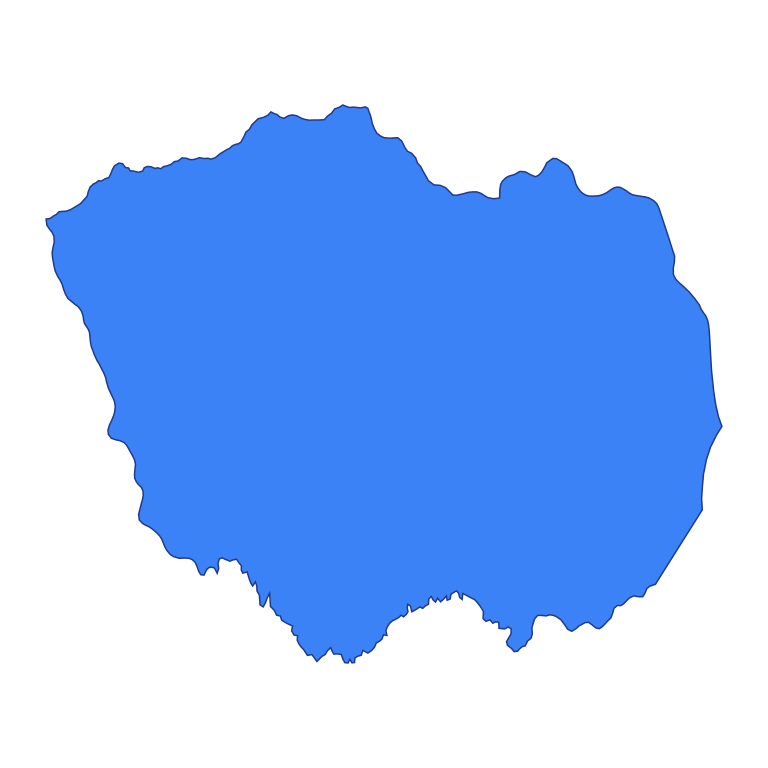 the district of Itanhangá, Mato Grosso, Brazil
{"feature_id": "56859067B93229831473310", "entity_name": "Itanhangá", "entity_type": "district", "adm_level": 2, "iso_a3": "BRA", "parent_name": "Brazil", "parent_adm1": "Mato Grosso", "projection": "equal_earth", "projection_center": [-56.8, -12.144], "detail": "fine", "context": "isolated", "style": "filled", "palette": "blue", "viewbox_px": 768, "rotation_deg": 0, "n_neighbors": 0, "source": "geoboundaries", "source_scale": "gbopen_adm2", "svg_char_len": 5876}
<svg xmlns="http://www.w3.org/2000/svg" viewBox="0 0 768 768"><path d="M721.9,426.4L718.5,416.8L715.7,404.6L713.7,391.2L711.5,370.3L709.9,342.1L709.3,331.9L708.6,324.8L707.6,320.3L705.7,315.8L703.6,312.9L701.1,309.1L699.3,304.8L694.5,298.3L689.2,292.0L684.2,287.2L678.8,282.4L675.8,279.3L673.4,274.6L673.3,268.1L674.4,261.9L674.6,256.0L672.7,250.5L669.9,241.6L668.1,235.9L658.9,208.0L656.9,203.8L653.6,200.6L648.9,197.9L644.8,196.8L641.4,196.4L638.4,195.9L635.0,195.3L631.8,194.5L628.8,192.7L626.2,190.7L623.7,189.2L620.1,187.3L617.2,187.1L614.2,187.7L610.6,189.9L607.8,191.9L605.4,193.4L602.4,194.7L599.8,195.5L597.1,195.9L593.5,196.1L589.0,196.1L585.6,195.1L583.1,193.6L580.7,191.7L578.0,188.1L575.9,184.2L574.8,180.1L573.5,175.4L572.2,171.8L570.1,168.6L567.9,165.7L565.3,164.0L561.9,161.9L556.7,158.7L552.9,158.4L546.8,162.7L544.6,167.2L541.7,172.1L538.7,175.2L535.6,176.7L532.8,175.7L530.1,174.5L525.3,171.8L519.9,171.4L514.3,174.6L508.9,176.1L505.9,177.7L502.3,181.3L500.7,184.3L499.8,190.2L499.6,198.1L493.4,198.7L487.7,197.6L480.8,193.3L476.8,191.9L472.6,191.9L468.5,192.3L462.3,194.0L456.4,195.3L452.8,195.0L449.5,191.6L445.5,187.6L440.0,185.3L434.1,184.9L431.7,183.2L428.4,180.7L425.9,176.1L422.9,170.9L420.6,166.5L417.4,162.9L415.7,157.9L411.5,153.2L407.5,151.3L404.8,147.4L401.8,141.1L397.7,137.7L389.9,138.2L384.1,137.7L380.3,135.9L376.7,133.0L374.3,128.6L372.4,123.8L370.7,116.3L367.8,108.3L365.4,106.9L360.7,107.9L353.5,107.1L349.4,107.5L346.7,106.6L342.8,105.0L339.2,107.3L334.7,108.9L331.4,113.4L327.6,116.0L324.3,119.7L318.7,120.0L313.2,120.0L309.4,120.2L304.8,119.4L300.8,118.0L297.0,115.9L292.4,114.9L288.5,115.7L283.9,118.3L280.0,117.1L277.1,114.6L274.2,113.6L270.9,111.9L268.0,115.1L264.0,117.2L258.0,118.8L255.3,121.5L251.9,124.8L249.4,129.3L245.9,132.1L243.9,136.7L241.0,142.0L238.7,143.7L235.2,144.5L232.3,145.8L229.7,148.3L226.9,149.6L220.0,153.8L215.0,157.9L211.0,159.1L208.1,158.3L204.0,158.5L199.4,157.7L195.7,159.0L193.0,159.6L190.1,159.6L186.4,158.3L182.0,157.9L178.1,161.0L174.3,161.6L171.1,164.4L167.1,165.8L163.3,166.7L161.0,168.7L157.5,167.8L154.9,168.4L150.8,166.7L147.1,166.5L144.2,167.8L142.7,171.0L138.3,172.3L133.3,171.0L130.2,170.9L128.6,168.0L125.4,167.5L122.5,163.6L118.9,163.1L114.5,165.8L112.6,169.1L111.2,172.7L109.0,177.5L105.0,178.8L101.4,181.1L98.5,180.7L96.2,182.6L93.1,184.2L90.0,187.3L88.2,191.9L87.2,196.2L84.4,199.3L80.6,203.6L75.8,206.5L70.9,209.5L66.3,211.2L62.1,211.4L58.9,211.8L56.3,214.5L53.8,215.8L50.1,218.5L46.1,219.0L46.9,225.3L49.6,229.2L52.0,232.1L54.0,236.5L54.2,242.3L53.0,247.5L52.1,252.7L52.5,257.1L53.4,262.4L54.0,265.8L55.2,271.0L57.8,276.5L60.2,280.3L62.1,284.3L63.8,289.8L65.4,294.0L68.1,298.7L72.4,302.2L74.8,304.2L78.5,307.0L81.6,311.4L83.1,316.1L83.6,319.8L84.4,323.3L86.3,326.3L88.1,329.0L89.4,332.0L89.9,336.4L90.5,342.3L91.4,346.9L92.9,350.6L94.2,354.3L95.7,357.7L97.4,361.2L99.5,364.6L101.6,368.8L104.0,373.4L105.6,377.5L106.5,381.7L108.4,388.2L110.8,393.4L112.7,397.4L114.4,401.1L115.3,406.6L114.7,411.7L113.7,415.4L111.7,420.4L109.5,424.9L108.0,430.0L108.3,434.3L111.3,438.2L115.4,439.7L119.6,440.6L124.0,442.4L126.5,445.0L128.8,449.0L132.7,456.0L134.6,460.0L135.5,464.5L134.9,469.9L134.5,474.4L134.7,478.1L136.2,481.5L138.3,484.5L141.5,487.5L143.1,491.4L143.2,495.4L142.6,499.0L140.4,507.2L138.6,514.6L139.3,519.9L142.4,523.3L145.2,525.0L148.5,526.5L151.3,528.3L154.4,530.7L157.2,533.2L159.7,536.0L161.5,538.7L163.3,543.0L165.0,547.2L167.3,551.0L170.6,554.8L173.8,556.7L179.3,558.3L184.6,558.0L188.9,558.3L192.1,559.5L195.1,562.2L197.0,566.3L198.7,571.3L200.8,574.7L204.0,575.1L206.5,569.9L208.9,567.6L211.6,567.1L214.5,568.1L217.2,573.3L218.7,568.4L218.0,563.5L219.3,558.9L222.2,557.8L225.6,559.5L230.0,561.2L232.8,560.0L236.5,559.2L239.3,563.3L241.4,565.8L241.3,570.1L242.7,573.1L247.2,572.0L249.1,578.5L251.0,583.4L252.7,586.0L255.4,581.9L256.8,585.9L257.0,591.0L259.4,595.2L259.8,601.2L260.0,604.8L263.2,606.9L265.6,602.4L267.2,598.0L269.6,593.2L270.0,598.4L270.5,606.5L274.4,610.5L276.6,615.2L280.3,616.0L281.8,620.3L285.9,622.8L289.2,624.5L292.6,626.0L291.6,630.8L294.1,635.1L297.6,635.7L297.2,640.1L298.7,643.5L300.9,646.7L303.8,649.8L307.4,655.4L311.9,654.6L314.4,657.9L316.9,661.5L321.7,656.6L325.2,654.5L327.3,650.9L330.7,647.6L332.1,651.2L333.8,654.1L337.4,653.9L341.3,654.5L343.0,659.4L344.8,662.6L348.0,663.0L350.0,659.4L351.9,662.8L354.5,662.6L354.9,658.0L357.5,656.3L361.3,655.2L362.8,650.3L367.8,653.1L371.6,650.5L374.6,647.1L376.2,643.1L379.5,641.2L381.8,639.3L383.5,634.8L386.9,635.4L385.9,630.6L387.2,627.0L389.7,623.2L392.4,620.9L395.8,619.2L399.0,617.3L401.1,615.2L403.5,616.8L406.2,614.5L408.0,611.7L407.2,607.8L407.7,604.3L410.5,606.1L411.8,611.8L415.7,609.7L419.9,606.9L422.7,608.4L425.1,606.1L428.5,604.2L428.8,598.7L431.3,596.5L433.1,599.9L435.5,602.1L437.6,598.2L440.6,601.8L443.9,598.9L446.4,595.9L447.1,600.2L450.1,599.1L451.0,594.2L454.0,592.3L456.5,590.8L458.6,593.3L459.7,597.4L462.1,599.5L462.8,593.4L468.9,596.7L474.9,599.8L478.3,603.7L480.5,606.7L483.4,611.3L483.1,618.6L485.9,621.3L490.0,619.9L492.8,623.2L495.8,621.8L498.8,622.3L499.0,628.3L502.3,628.7L504.9,628.9L508.1,626.9L511.2,628.9L511.0,634.0L509.1,637.1L506.5,641.7L507.5,645.3L511.6,648.6L514.1,651.6L517.6,651.2L519.9,648.6L522.1,646.7L525.2,645.9L527.6,641.0L531.0,638.3L532.3,634.0L531.9,627.9L533.3,622.8L534.8,618.6L537.7,615.4L541.2,615.4L546.1,615.9L550.0,614.8L553.4,615.4L556.2,616.5L560.8,619.6L564.8,624.9L567.7,629.3L571.7,631.3L576.3,628.5L578.9,626.0L585.1,622.6L588.4,622.3L591.5,624.4L595.8,627.9L599.4,628.7L602.0,626.9L604.6,624.4L607.2,621.5L610.9,617.9L612.7,613.1L614.0,608.3L617.3,605.5L620.9,605.6L623.7,603.7L629.3,598.0L633.8,595.9L638.5,596.7L642.8,596.7L644.9,593.3L646.9,588.5L649.8,586.2L655.4,584.3L679.8,545.5L702.3,509.8L701.6,498.5L702.4,486.8L703.5,474.2L706.4,459.7L710.6,446.9L716.5,435.1L721.9,426.4Z" fill="#3b82f6" stroke="#1e3a8a" stroke-width="1.5"/></svg>